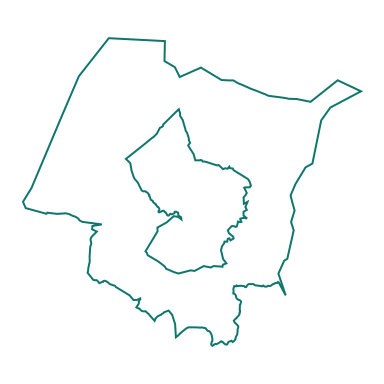 San Juan Ozolotepec, Oaxaca, Mexico (Robinson projection)
{"feature_id": "50627088B94115482977421", "entity_name": "San Juan Ozolotepec", "entity_type": "district", "adm_level": 2, "iso_a3": "MEX", "parent_name": "Mexico", "parent_adm1": "Oaxaca", "projection": "robinson", "projection_center": [-96.203, 16.098], "detail": "fine", "context": "isolated", "style": "outline", "palette": "teal", "viewbox_px": 384, "rotation_deg": 0, "n_neighbors": 0, "source": "geoboundaries", "source_scale": "gbopen_adm2", "svg_char_len": 6020}
<svg xmlns="http://www.w3.org/2000/svg" viewBox="0 0 384 384"><path d="M62.2,115.1L31.5,188.0L23.0,201.8L25.7,208.1L46.5,213.8L47.3,212.7L57.1,213.9L65.8,213.3L69.4,214.2L72.8,215.9L75.4,216.7L78.3,218.6L79.5,220.3L81.1,221.3L82.5,221.9L101.8,224.4L92.4,226.0L92.1,229.3L96.8,231.6L94.4,234.0L93.1,235.2L91.8,236.7L90.7,238.4L90.6,239.8L90.9,241.7L91.3,243.4L91.1,244.6L90.4,246.1L90.2,247.3L89.6,256.9L89.7,259.8L89.7,262.0L89.1,264.2L88.7,266.4L88.3,268.1L88.1,270.8L87.6,272.8L93.3,279.9L95.3,280.3L95.9,280.1L97.0,280.4L98.3,281.8L98.7,282.6L99.5,283.2L102.8,281.5L103.2,281.7L103.5,281.2L103.9,280.9L104.7,280.7L105.6,281.0L108.0,282.4L109.0,283.5L110.2,284.3L111.7,284.7L112.7,285.2L113.9,285.4L114.7,285.6L115.2,286.1L115.9,287.0L129.5,295.3L133.5,300.0L137.1,299.9L140.2,298.4L140.3,299.2L140.0,299.4L139.5,300.3L138.8,301.7L138.8,303.6L136.3,307.4L136.7,307.7L137.5,307.7L137.9,308.0L138.3,308.5L139.3,308.6L140.0,309.2L140.5,310.0L140.9,310.3L141.6,310.8L143.1,311.3L144.3,311.4L145.5,311.2L148.5,313.9L154.6,320.9L155.5,318.5L155.8,318.4L156.9,317.0L157.6,316.4L158.8,315.7L161.0,314.8L161.7,314.0L163.1,313.3L164.2,312.2L168.6,310.6L172.2,314.9L175.1,324.0L175.9,337.2L178.4,335.3L179.5,334.0L182.6,331.3L183.7,330.5L185.9,328.7L187.2,327.9L188.8,327.3L193.7,327.3L195.0,327.4L196.8,327.4L200.5,327.7L201.4,327.4L205.4,328.1L205.9,328.6L206.3,329.1L206.6,329.6L207.5,330.6L208.1,331.0L208.7,331.0L209.5,331.5L210.3,332.2L210.7,333.2L211.3,334.2L211.8,335.5L212.3,338.3L212.4,340.2L212.3,341.1L211.8,342.0L211.6,342.9L211.2,343.6L211.2,344.2L211.5,345.1L211.8,345.4L212.5,345.8L213.6,345.2L213.7,344.8L214.2,344.4L215.7,343.9L216.4,344.2L218.4,343.2L221.2,341.3L221.6,341.4L222.0,341.9L222.6,341.9L223.1,342.5L224.1,343.5L225.9,344.6L227.1,344.4L228.5,341.9L231.5,340.8L232.7,342.0L234.0,341.1L235.2,339.6L235.9,336.8L237.2,334.5L237.5,332.3L237.6,329.4L238.3,327.2L238.2,326.1L236.2,323.9L234.9,322.8L233.8,320.8L234.9,319.4L236.3,318.2L239.3,314.7L239.4,313.3L239.7,313.2L240.0,311.6L240.0,310.4L239.7,310.3L239.7,309.1L239.9,306.7L239.9,305.0L240.2,304.9L241.1,301.7L240.7,300.9L239.4,300.0L238.4,299.9L236.8,298.6L236.2,297.5L236.0,296.2L235.8,295.4L235.2,294.5L234.4,293.8L233.7,293.6L233.3,293.5L233.2,293.1L233.6,291.9L233.5,290.7L233.4,288.7L233.6,288.0L234.0,287.2L234.1,286.2L235.9,286.2L236.5,285.5L236.7,285.4L236.9,285.6L237.0,286.0L237.2,285.9L237.7,286.0L238.4,286.0L239.7,285.8L240.0,285.9L240.2,285.7L241.9,285.9L242.3,286.0L242.7,286.0L243.8,286.1L244.3,286.2L244.7,286.8L245.3,287.1L246.1,287.1L247.3,285.3L248.3,284.3L249.2,284.0L250.1,284.1L253.4,284.1L253.9,284.4L254.6,285.0L255.1,285.3L257.2,285.5L258.0,285.8L258.6,285.6L260.2,286.1L261.1,286.0L261.5,286.3L262.3,286.2L263.2,285.5L263.6,285.6L264.0,286.3L265.1,286.6L265.9,286.7L266.5,286.7L267.5,286.1L268.4,285.8L268.9,285.9L269.6,286.0L270.4,285.9L271.4,285.4L272.5,284.3L273.3,284.2L274.0,283.9L274.3,283.5L274.7,283.5L275.4,283.0L276.2,283.1L276.8,282.9L277.3,282.9L277.6,282.3L277.9,282.0L278.6,282.2L285.7,295.4L278.4,273.6L284.2,260.7L287.3,258.8L293.7,230.4L291.1,221.9L294.6,210.6L292.1,201.6L290.6,195.4L295.6,183.8L305.6,167.3L312.4,163.6L321.2,120.4L330.4,107.5L361.0,91.3L337.7,80.3L310.6,101.8L296.5,99.0L289.0,98.8L285.1,98.0L280.8,97.4L276.2,96.8L272.1,96.3L268.2,95.7L264.9,94.1L262.3,93.2L257.5,91.2L250.7,88.7L242.3,84.9L239.9,84.0L237.6,83.0L234.1,80.8L233.2,80.4L229.3,80.4L221.5,80.0L200.9,67.6L179.7,77.0L174.9,67.2L164.5,61.1L164.9,41.1L108.8,38.2L78.9,76.2L62.2,115.1ZM193.6,154.1L195.3,160.3L200.2,160.3L200.5,160.0L201.8,160.3L202.7,161.5L204.3,161.5L206.7,162.1L217.0,165.4L218.6,165.0L223.0,169.1L225.2,168.3L227.6,168.7L229.3,166.6L230.0,168.2L232.8,168.5L233.6,170.2L248.0,179.1L249.6,181.6L250.9,185.7L249.6,187.3L244.8,187.4L244.2,187.7L246.8,193.0L245.0,195.8L243.6,197.3L243.9,203.8L247.5,201.9L245.4,207.0L246.8,209.9L243.5,211.8L243.6,215.6L247.1,218.5L244.0,217.8L240.3,218.6L240.2,219.2L241.4,221.8L240.5,222.0L239.9,222.2L238.1,221.5L236.8,226.5L235.5,226.9L233.9,226.1L231.7,226.1L227.9,230.2L228.9,233.2L233.2,236.7L233.6,238.5L230.5,240.4L229.5,238.4L227.8,238.8L227.2,241.7L224.5,241.6L224.2,243.2L222.0,246.3L221.0,250.2L223.1,259.0L226.4,263.4L222.9,264.7L222.4,266.8L221.6,266.6L213.4,266.1L210.9,267.5L203.7,266.1L194.6,270.9L190.5,270.4L178.5,273.5L174.2,272.2L166.2,268.8L164.5,266.2L158.3,261.5L147.7,255.2L146.7,252.7L145.5,251.3L157.6,231.3L157.4,227.6L166.7,222.4L173.7,216.2L178.0,216.8L181.4,219.4L181.1,217.3L180.3,216.7L179.5,216.2L178.9,215.8L178.5,215.4L178.3,214.8L178.2,213.7L178.2,212.9L177.9,212.5L177.4,212.5L176.4,211.8L176.1,211.7L175.7,211.8L175.1,211.7L174.7,211.8L174.5,213.1L173.2,213.8L172.5,214.1L171.7,214.3L171.1,214.2L170.6,213.8L170.1,213.9L169.5,214.6L169.0,215.3L168.7,215.5L168.4,215.6L168.0,215.6L167.2,215.2L166.6,213.9L165.8,212.7L165.7,212.4L165.3,212.1L164.8,211.9L164.6,211.9L164.2,211.4L164.0,211.0L163.7,210.7L162.5,210.8L161.8,211.2L161.5,211.3L160.8,211.8L160.4,211.9L159.9,212.1L159.0,212.3L158.7,212.3L158.5,212.0L158.5,211.4L158.8,210.7L159.3,209.8L159.4,209.5L159.3,208.9L159.1,208.4L158.7,207.7L158.4,207.2L158.0,207.2L157.8,207.1L156.9,206.0L156.3,205.4L156.3,205.2L156.2,204.8L156.1,204.5L155.9,204.3L155.4,204.2L154.7,203.5L154.6,203.2L154.2,203.1L153.6,202.6L152.9,201.7L152.9,201.2L152.7,201.1L152.4,200.6L152.1,200.4L151.3,200.2L151.0,199.9L150.7,199.5L150.6,199.1L150.1,197.8L149.8,196.7L149.5,196.2L149.1,196.0L149.1,195.6L149.1,195.3L149.3,194.9L148.5,194.0L148.0,193.4L147.7,192.9L147.6,192.7L147.0,192.5L146.2,192.0L146.0,191.7L145.0,191.2L143.5,191.4L141.7,190.5L137.7,182.4L134.7,179.0L133.7,177.0L131.5,170.4L130.3,163.2L125.9,158.9L142.7,145.6L152.0,138.0L153.9,136.7L156.9,133.6L159.9,127.9L162.8,126.4L163.3,124.4L178.8,109.2L179.2,110.4L179.3,111.0L180.0,112.9L180.0,113.9L180.2,115.1L180.1,115.8L181.5,118.0L182.8,120.2L183.7,123.6L185.3,128.9L185.6,130.6L187.0,132.8L188.4,136.8L188.8,138.6L189.0,140.5L190.1,142.9L188.2,145.3L188.3,145.8L189.4,147.6L193.6,154.1Z" fill="none" stroke="#0f766e" stroke-width="2"/></svg>